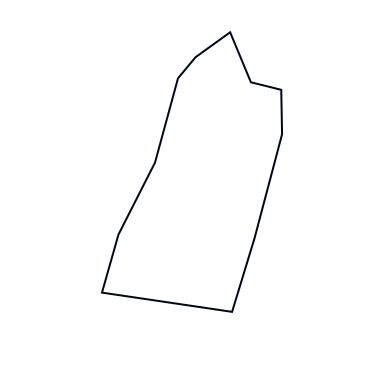 outline of Saint Andrew, rotated 333°
{"feature_id": "VCT-5065", "entity_name": "Saint Andrew", "entity_type": "Parish", "adm_level": 1, "iso_a3": "VCT", "parent_name": "Saint Vincent and the Grenadines", "parent_adm1": "", "projection": "mercator", "projection_center": [-61.224, 13.201], "detail": "fine", "context": "isolated", "style": "outline", "palette": "ink", "viewbox_px": 384, "rotation_deg": 333, "n_neighbors": 0, "source": "natural_earth", "source_scale": "10m", "svg_char_len": 306}
<svg xmlns="http://www.w3.org/2000/svg" viewBox="0 0 384 384"><g transform="rotate(333 192 192)"><path d="M173.3,317.0L66.1,240.8L107.2,196.5L172.4,149.0L231.2,84.3L256.4,73.5L298.5,67.0L294.3,121.0L317.9,141.5L298.5,181.4L227.0,261.3L173.3,317.0Z" fill="none" stroke="#020617" stroke-width="2"/></g></svg>